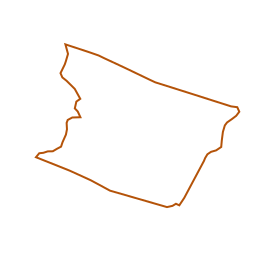 outline of São Benedito do Sul, Pernambuco, Brazil, rotated 116°
{"feature_id": "56859067B38908214593932", "entity_name": "São Benedito do Sul", "entity_type": "district", "adm_level": 2, "iso_a3": "BRA", "parent_name": "Brazil", "parent_adm1": "Pernambuco", "projection": "natural_earth1", "projection_center": [-35.906, -8.816], "detail": "fine", "context": "isolated", "style": "outline", "palette": "amber", "viewbox_px": 256, "rotation_deg": 116, "n_neighbors": 0, "source": "geoboundaries", "source_scale": "gbopen_adm2", "svg_char_len": 831}
<svg xmlns="http://www.w3.org/2000/svg" viewBox="0 0 256 256"><g transform="rotate(116 128 128)"><path d="M175.0,48.0L166.1,46.8L146.3,46.1L124.3,45.3L121.2,45.5L116.8,45.1L113.0,42.9L109.5,39.0L104.2,35.9L97.9,38.3L89.9,41.0L83.2,42.1L79.6,41.4L74.2,38.4L69.6,36.1L64.6,35.1L61.4,38.9L63.4,44.9L70.1,90.7L75.0,123.5L75.1,129.7L75.3,158.2L75.7,180.0L75.7,186.2L76.8,195.4L80.3,220.9L87.7,214.4L95.4,213.1L98.6,212.7L108.3,212.7L111.3,209.2L112.5,203.9L116.2,193.0L122.7,183.7L126.9,186.0L133.7,184.4L135.2,180.4L139.2,175.5L143.0,182.7L147.2,185.7L150.3,185.4L155.9,182.3L161.1,180.9L164.2,180.8L169.6,180.6L174.1,180.0L177.8,182.7L181.9,185.4L184.2,189.9L187.4,193.2L189.6,196.7L194.6,197.9L191.9,161.7L191.3,138.5L192.2,116.7L182.0,58.3L178.5,53.9L175.1,51.7L175.0,48.0Z" fill="none" stroke="#b45309" stroke-width="2"/></g></svg>